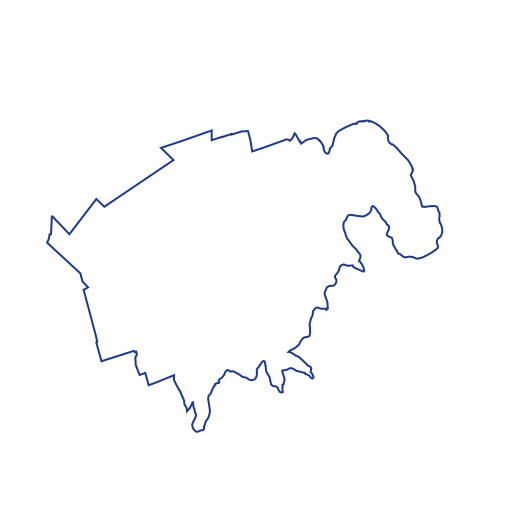 the district of Techirghiol, Constanta, Romania, rotated 336°
{"feature_id": "2599482B24507492005350", "entity_name": "Techirghiol", "entity_type": "district", "adm_level": 2, "iso_a3": "ROU", "parent_name": "Romania", "parent_adm1": "Constanta", "projection": "natural_earth1", "projection_center": [28.603, 44.038], "detail": "fine", "context": "isolated", "style": "outline", "palette": "blue", "viewbox_px": 512, "rotation_deg": 336, "n_neighbors": 0, "source": "geoboundaries", "source_scale": "gbopen_adm2", "svg_char_len": 6149}
<svg xmlns="http://www.w3.org/2000/svg" viewBox="0 0 512 512"><g transform="rotate(336 256 256)"><path d="M299.5,139.0L299.4,138.5L293.6,136.4L282.9,135.1L283.1,134.5L273.4,133.6L273.5,133.3L262.6,132.2L266.6,123.3L235.6,120.8L213.2,118.6L219.6,134.8L137.5,149.3L133.3,139.0L94.4,160.2L86.1,137.0L85.4,137.2L77.6,152.7L76.1,152.4L74.1,155.7L70.6,158.9L88.5,200.5L87.1,208.6L89.8,216.3L86.6,216.7L84.8,216.7L77.1,264.9L76.0,269.9L75.1,269.8L74.8,270.9L72.0,289.3L105.7,293.0L106.2,294.7L107.5,294.4L107.7,295.6L106.9,297.8L104.4,299.7L101.8,306.7L101.3,317.3L107.3,317.8L105.4,330.4L111.3,330.8L132.7,331.6L130.9,335.1L130.6,336.3L131.2,347.0L131.6,348.0L131.5,358.7L130.3,362.4L130.8,366.7L129.8,369.8L131.8,368.9L134.0,367.7L137.3,365.1L138.4,363.9L138.9,364.0L137.5,368.6L137.3,371.6L136.6,373.8L136.8,375.5L136.5,377.1L134.0,379.8L131.0,382.1L129.2,384.0L128.7,385.4L128.4,387.7L128.7,389.5L129.7,392.0L131.2,392.8L135.2,393.0L136.3,393.4L137.2,393.4L138.1,393.0L138.4,392.6L138.5,391.9L139.3,390.3L139.5,390.3L140.2,389.9L142.6,386.8L146.3,384.7L148.8,382.0L150.5,379.6L151.6,376.6L154.2,366.9L155.8,364.5L158.8,363.1L161.1,360.8L165.3,357.4L165.8,357.5L166.4,356.7L166.7,356.7L166.8,356.3L168.9,356.2L170.4,356.9L171.1,356.4L171.2,355.0L171.5,354.5L172.1,354.0L173.2,353.6L175.2,353.4L178.7,351.5L179.6,350.5L181.3,349.1L183.0,348.5L183.7,348.7L184.6,349.3L185.2,350.7L185.7,351.3L187.0,351.4L187.7,351.7L189.0,352.9L192.6,357.5L194.1,360.4L195.3,361.7L197.3,362.8L200.1,366.9L202.1,368.0L204.7,368.1L205.9,367.5L207.4,366.3L208.2,365.3L209.5,362.8L210.6,359.9L211.4,359.3L213.6,358.4L214.1,358.1L214.7,357.4L217.2,356.2L218.1,355.5L219.6,354.9L220.5,355.2L220.9,355.7L221.0,356.4L220.7,357.5L220.0,360.1L220.1,360.5L218.8,363.9L218.5,366.0L218.4,366.9L219.0,371.0L219.1,372.9L218.5,374.7L218.2,376.6L217.6,379.1L217.7,380.0L218.9,382.0L220.6,382.8L221.6,383.7L222.3,385.3L222.1,386.7L222.3,389.5L223.5,390.8L224.8,391.4L225.3,391.0L225.8,388.5L227.4,385.9L227.2,385.5L227.5,384.6L228.3,384.3L229.1,384.3L230.2,382.6L230.8,382.0L231.8,380.6L232.2,378.9L233.1,371.8L233.4,371.3L238.0,372.5L240.8,372.3L241.7,372.5L242.9,373.0L243.9,373.9L245.1,375.5L246.1,377.3L250.9,380.9L252.4,382.5L253.1,382.6L253.0,383.7L255.7,386.5L256.1,387.2L256.4,389.2L257.8,390.9L259.3,390.2L259.4,389.1L259.4,387.4L259.1,385.3L258.7,384.1L259.8,382.7L260.2,381.9L260.8,381.2L260.7,379.6L260.4,379.0L258.9,377.3L257.1,372.5L254.1,365.7L251.4,362.7L250.4,360.7L249.1,359.0L247.8,357.5L246.7,356.9L248.5,356.2L254.3,355.9L259.2,354.5L261.6,352.4L265.8,350.0L267.9,350.2L271.3,351.0L272.4,350.6L273.5,349.3L274.1,348.3L276.2,343.5L276.6,341.5L277.6,339.6L281.0,335.2L282.6,334.1L283.8,332.8L285.5,329.8L287.0,328.8L289.9,327.7L290.6,327.8L291.4,328.2L293.4,330.2L294.5,330.9L298.1,332.4L298.3,332.7L298.1,333.4L298.5,333.9L299.1,333.6L298.9,333.4L300.4,333.0L300.5,332.8L300.5,332.0L301.9,328.9L302.5,326.4L303.1,319.1L303.3,318.3L304.7,316.4L305.7,315.7L307.5,313.9L308.2,313.4L310.3,313.2L311.4,313.4L314.5,314.6L315.5,314.6L316.8,314.0L318.3,312.9L318.9,312.3L319.4,311.3L319.7,310.2L319.5,307.4L320.2,306.2L323.9,304.4L325.7,303.0L328.2,300.0L328.8,299.5L329.8,299.2L332.6,299.3L335.2,301.8L336.9,302.6L340.6,304.0L340.4,304.8L340.5,305.6L341.4,306.9L346.9,313.1L347.9,313.9L348.6,313.7L348.9,313.4L349.2,312.5L349.2,311.4L349.5,310.9L349.5,309.2L349.4,306.6L348.9,304.8L348.9,303.7L348.0,302.7L348.2,302.3L350.2,300.4L351.2,299.1L351.6,298.2L351.7,297.3L351.6,296.3L350.6,292.7L350.0,290.0L348.3,285.9L347.2,280.5L346.5,277.7L346.4,274.2L346.9,271.1L347.0,267.5L347.8,264.7L348.3,263.4L349.8,261.1L351.2,260.1L353.0,259.6L354.7,257.8L356.2,256.6L357.6,256.5L359.5,257.0L364.4,260.3L368.6,262.8L370.5,263.6L373.0,263.6L376.5,263.1L378.3,262.2L379.7,261.0L380.0,260.9L380.3,260.6L380.3,260.3L380.8,259.3L381.9,258.2L382.7,257.8L383.3,258.1L383.9,258.9L384.6,260.8L384.8,261.7L385.1,262.5L385.3,263.4L385.3,265.1L386.3,267.6L386.3,271.8L386.7,273.8L388.3,277.7L388.3,279.9L388.6,280.9L389.2,281.5L389.5,283.1L389.0,284.9L385.9,287.6L384.0,289.8L384.0,290.2L384.8,291.7L385.7,292.8L387.3,294.3L387.5,295.1L387.2,297.4L385.9,300.9L386.3,304.4L386.3,306.8L386.6,307.6L386.8,309.1L386.8,311.6L387.9,312.3L388.4,312.9L390.1,316.3L391.3,317.7L392.4,318.1L396.0,319.0L399.4,321.2L400.3,322.5L401.9,323.8L403.1,324.3L407.4,325.0L408.9,325.0L415.3,324.6L420.5,323.9L423.8,323.1L425.2,322.5L425.8,322.0L426.5,320.1L426.3,318.6L426.9,316.8L427.5,315.7L428.3,314.8L429.8,313.9L430.5,314.0L433.4,312.7L435.5,310.4L436.7,308.2L437.3,306.3L437.8,302.3L437.8,301.3L437.4,300.7L437.9,298.3L438.6,296.2L440.2,293.9L440.4,293.4L440.3,292.9L441.2,291.2L441.2,290.7L440.9,289.5L441.4,286.0L441.2,284.3L439.0,282.8L434.8,281.1L430.0,279.8L429.4,279.2L428.0,278.7L428.2,277.6L428.0,276.5L428.7,274.1L429.1,269.1L429.0,268.2L427.7,263.8L427.7,261.9L429.7,257.3L430.2,254.1L430.2,253.2L430.6,251.3L430.2,245.4L431.0,244.3L431.7,244.0L433.2,242.4L434.1,241.9L434.7,240.2L434.7,239.7L434.4,239.5L434.4,239.2L434.8,238.9L434.6,234.7L433.9,230.4L430.7,221.9L429.3,217.1L428.4,214.8L428.6,214.7L428.6,214.4L428.1,214.2L427.4,211.9L426.2,209.6L425.2,209.2L423.8,206.2L423.8,204.5L424.4,201.6L425.4,200.5L425.5,199.8L425.5,198.5L424.5,194.0L421.8,187.8L419.6,184.2L418.7,183.0L415.8,179.7L414.5,179.0L414.2,179.3L414.0,179.1L414.3,178.7L413.3,177.8L411.0,176.9L410.2,177.2L409.4,176.6L408.4,176.3L408.2,176.6L407.0,176.1L407.0,175.7L406.0,175.3L404.9,175.1L402.2,175.3L401.9,175.4L401.5,176.3L401.2,176.2L401.3,175.7L401.0,175.5L398.2,174.9L390.5,174.8L383.1,175.4L380.0,176.3L378.7,177.0L377.5,178.4L375.8,179.7L371.0,186.0L370.2,186.6L367.5,187.7L365.1,190.7L364.3,191.4L363.1,191.7L362.0,190.8L361.5,189.9L361.3,189.1L361.1,188.1L361.4,185.6L361.8,184.8L362.0,184.3L361.9,183.9L362.1,183.9L362.2,183.2L362.1,181.7L361.7,178.6L361.2,176.8L361.0,176.2L360.6,176.2L360.5,175.9L360.8,175.6L359.6,173.5L358.6,172.5L357.3,171.9L350.5,170.6L347.8,170.7L343.1,171.7L342.9,169.2L342.5,169.4L341.7,160.9L341.1,159.6L339.3,161.5L337.6,162.9L336.0,163.8L333.8,164.5L333.3,163.4L332.5,162.5L331.4,161.9L305.4,160.0L295.1,158.9L297.9,148.1L299.5,139.0Z" fill="none" stroke="#1e3a8a" stroke-width="2"/></g></svg>